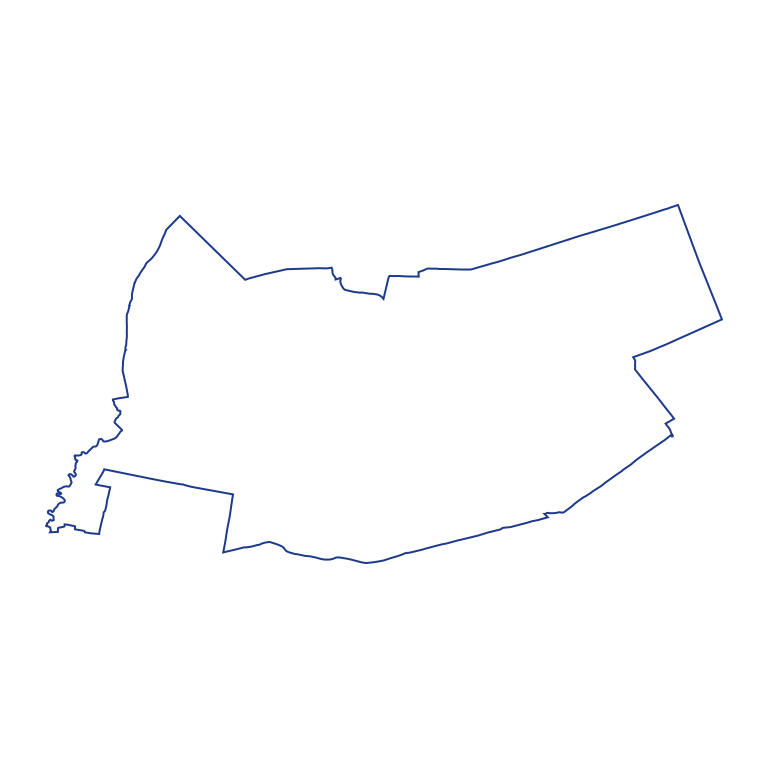 the district of Izvoarele, Olt, Romania
{"feature_id": "2599482B97268462440902", "entity_name": "Izvoarele", "entity_type": "district", "adm_level": 2, "iso_a3": "ROU", "parent_name": "Romania", "parent_adm1": "Olt", "projection": "natural_earth1", "projection_center": [24.528, 44.252], "detail": "fine", "context": "isolated", "style": "outline", "palette": "blue", "viewbox_px": 768, "rotation_deg": 0, "n_neighbors": 0, "source": "geoboundaries", "source_scale": "gbopen_adm2", "svg_char_len": 5917}
<svg xmlns="http://www.w3.org/2000/svg" viewBox="0 0 768 768"><path d="M547.8,517.3L544.5,513.9L545.6,513.8L547.1,512.9L550.6,513.2L553.2,513.2L556.2,512.9L559.4,512.2L561.4,512.6L562.7,512.6L564.0,512.2L572.4,505.9L574.5,503.9L576.6,502.2L582.2,498.2L584.3,496.8L584.8,496.7L586.8,495.5L590.9,492.8L592.1,491.8L597.9,488.0L599.2,487.3L601.4,485.8L605.5,482.5L608.5,480.4L615.0,475.7L621.3,471.4L623.7,469.4L630.4,464.9L636.9,459.5L646.3,452.7L658.5,444.3L662.2,441.7L664.4,440.3L670.5,435.5L672.1,436.5L672.8,436.0L672.3,434.8L671.9,434.1L671.4,433.6L669.9,429.4L669.1,428.2L667.0,425.6L665.6,423.6L674.1,418.7L671.5,415.3L666.4,408.9L656.8,396.6L643.1,379.7L635.3,369.8L635.0,369.4L635.2,366.9L635.0,365.8L635.2,361.4L635.2,360.6L634.9,360.0L633.2,357.2L651.5,350.6L660.8,346.6L664.3,345.2L721.9,319.4L716.2,304.8L699.6,263.4L692.0,243.0L678.0,205.0L676.8,205.3L674.2,206.3L670.7,207.4L667.1,208.8L664.3,209.5L644.4,216.0L608.1,227.4L579.4,236.0L531.9,251.3L521.1,254.8L511.9,257.4L499.9,261.3L491.7,263.5L471.4,269.4L470.2,269.5L461.1,269.5L444.2,269.0L439.6,269.0L436.8,268.7L427.3,268.6L422.9,270.6L418.5,272.1L418.7,276.6L405.9,276.4L398.7,276.0L393.2,276.1L389.6,275.9L389.2,276.3L388.7,277.3L388.1,279.4L383.5,298.9L381.8,297.0L380.6,296.0L378.3,294.8L377.6,294.6L373.6,293.9L369.4,293.7L361.9,292.5L359.4,292.7L356.8,292.2L354.8,292.1L346.8,290.3L344.6,289.6L343.9,289.0L342.9,287.7L341.5,285.3L340.4,282.5L340.3,280.9L340.6,279.9L340.8,278.6L340.3,277.9L339.0,278.5L335.6,279.5L335.5,277.7L335.0,277.2L332.9,274.3L332.5,272.7L332.3,269.7L331.6,267.7L327.8,268.3L325.7,268.4L319.3,268.2L286.8,269.2L264.7,274.2L249.1,278.4L245.2,279.8L179.8,215.9L166.2,229.9L164.9,233.4L162.2,239.2L159.9,245.8L157.2,251.0L155.8,253.2L152.0,258.0L150.7,259.3L146.5,263.0L146.0,263.8L144.9,266.2L143.8,267.9L140.6,272.4L138.9,275.5L136.5,278.7L135.5,281.0L134.9,282.7L134.6,282.7L132.1,293.3L131.9,295.9L132.0,298.4L131.8,299.2L130.1,302.4L129.9,303.2L129.5,304.8L129.1,305.6L129.6,305.8L129.2,307.3L128.6,309.7L127.9,312.1L127.0,314.0L126.8,315.4L126.7,319.6L126.9,327.5L126.8,332.0L126.9,336.4L126.4,340.9L126.2,344.9L125.4,347.5L125.4,349.9L125.9,350.0L125.7,350.3L125.2,350.7L124.4,354.3L123.9,356.1L123.5,358.8L123.2,360.5L123.0,362.1L123.0,364.2L122.6,370.5L126.3,387.1L127.6,393.9L127.8,395.2L127.9,396.9L118.5,398.3L112.9,399.5L112.9,400.4L113.8,401.7L114.2,404.0L114.5,404.8L116.1,407.3L117.2,408.3L117.0,408.8L117.0,409.3L117.1,409.7L118.4,410.7L119.2,410.6L119.8,410.7L120.3,411.1L120.4,411.4L120.3,412.4L120.4,413.8L120.2,414.3L118.7,415.6L118.0,417.1L117.5,417.6L116.6,418.1L116.2,418.6L115.4,419.9L114.9,421.3L114.5,422.2L115.1,423.2L121.3,429.2L122.0,430.1L121.9,430.6L120.5,431.6L116.8,436.8L115.7,437.9L114.4,438.6L108.3,440.9L106.4,441.4L104.7,441.5L103.6,441.4L103.2,441.1L102.3,439.8L101.8,439.3L101.4,439.0L100.8,439.0L99.2,439.3L99.0,439.7L97.6,444.1L97.3,445.0L96.7,445.8L95.6,446.5L93.6,446.6L93.0,446.9L92.5,447.4L88.6,451.2L87.3,452.8L86.7,453.3L85.8,453.6L85.4,453.5L84.0,452.4L83.3,452.1L82.5,452.2L81.9,452.4L81.6,452.8L81.6,453.4L81.7,453.9L81.4,454.6L80.8,455.0L79.7,455.4L76.3,455.6L75.6,455.4L74.9,455.5L74.6,455.8L74.7,456.5L75.0,457.1L75.1,458.2L75.5,459.8L76.1,460.1L77.2,460.3L77.4,460.5L77.2,461.4L77.0,461.8L76.0,462.7L75.5,465.3L75.4,466.7L75.6,468.1L75.2,469.0L74.6,470.2L74.1,471.4L74.3,472.1L75.6,473.7L75.8,474.3L75.8,475.0L75.1,476.2L74.2,476.6L73.4,476.6L72.9,475.6L70.5,474.1L70.0,474.1L69.4,474.2L68.6,475.0L68.5,475.3L68.7,475.7L69.6,476.7L70.1,477.5L70.4,478.1L70.8,480.2L71.6,482.4L70.8,484.1L69.7,485.8L69.3,486.4L68.7,486.6L66.1,486.3L63.8,486.8L62.7,487.4L61.9,488.0L59.8,488.9L57.8,490.0L57.7,490.4L57.8,491.1L58.3,491.6L58.9,492.0L59.9,492.3L60.6,492.8L61.0,493.2L61.2,493.6L61.0,493.9L60.5,494.0L59.8,494.0L57.6,493.5L57.0,493.5L56.7,493.8L56.5,494.4L56.6,495.1L56.8,495.6L57.1,495.8L57.8,495.9L58.5,495.9L59.6,496.2L61.6,497.2L62.9,498.1L64.4,499.6L64.7,500.1L64.7,500.7L64.6,501.5L64.3,502.0L63.7,502.4L62.8,502.6L60.4,502.8L58.4,504.1L57.9,504.8L57.2,506.4L54.5,509.0L53.6,511.1L53.0,511.5L52.6,512.0L52.3,512.1L52.0,511.9L51.7,511.2L50.8,510.5L49.4,510.5L48.7,510.6L48.4,510.9L48.1,511.2L48.0,511.8L48.0,512.9L49.9,514.4L51.9,515.1L52.7,515.6L53.6,516.8L53.5,518.1L53.7,519.9L53.7,520.2L53.4,520.3L52.2,520.7L51.8,520.7L50.4,519.7L50.2,519.8L49.0,521.0L48.8,522.0L48.5,522.4L47.3,523.0L47.1,523.3L47.0,523.7L47.1,524.5L46.5,525.4L46.2,525.5L46.1,525.8L46.3,526.1L48.3,526.5L50.2,527.5L50.3,527.8L50.3,528.6L50.9,530.6L50.0,532.3L57.9,531.9L57.9,529.2L57.9,528.5L58.1,528.0L59.6,527.5L62.6,527.0L63.7,526.8L64.2,526.6L64.6,526.0L64.6,524.4L66.5,524.5L74.9,526.2L75.1,526.5L74.9,527.9L74.9,528.9L75.0,529.3L84.2,530.9L84.5,531.3L84.9,532.3L90.8,533.3L99.1,534.0L99.6,530.7L100.9,525.0L102.3,519.0L103.0,516.9L103.5,514.3L103.6,512.4L104.9,511.1L105.3,510.1L106.5,504.9L107.2,499.7L108.1,496.8L110.2,487.3L98.4,485.1L95.7,484.5L103.6,471.1L104.2,469.3L149.7,478.5L164.0,481.3L181.4,484.4L182.8,484.3L184.7,485.1L191.8,486.9L233.0,494.4L231.1,506.6L230.4,512.0L229.4,518.2L227.6,527.2L226.5,533.7L225.5,540.5L224.0,548.6L223.2,552.4L236.9,549.2L244.3,547.3L246.6,547.4L248.1,547.0L249.7,546.9L252.2,546.4L257.8,544.9L258.8,545.0L261.5,543.7L264.6,542.7L269.5,541.9L271.1,542.4L277.3,544.4L281.6,546.2L282.8,547.0L283.4,547.5L285.4,550.1L286.4,551.1L287.8,551.8L290.6,552.8L295.3,554.1L296.5,554.1L298.7,554.5L305.0,555.9L310.1,556.3L315.3,557.4L321.1,559.0L324.9,559.6L330.0,559.5L332.8,558.9L336.2,557.5L339.2,557.4L347.7,558.8L352.8,560.0L361.4,562.3L363.9,562.8L366.1,563.0L372.7,562.4L378.8,561.4L383.6,560.5L389.9,558.4L397.7,556.1L403.3,554.1L404.7,553.4L406.0,553.0L406.6,552.9L408.2,552.9L412.2,552.1L423.1,549.4L426.0,548.5L435.4,546.0L441.7,544.4L446.5,543.5L456.8,540.7L478.0,535.6L487.6,532.6L499.8,529.6L501.2,529.0L502.3,528.1L503.1,527.8L510.4,527.1L527.3,522.7L532.2,521.2L537.9,520.1L547.8,517.3Z" fill="none" stroke="#1e3a8a" stroke-width="2"/></svg>